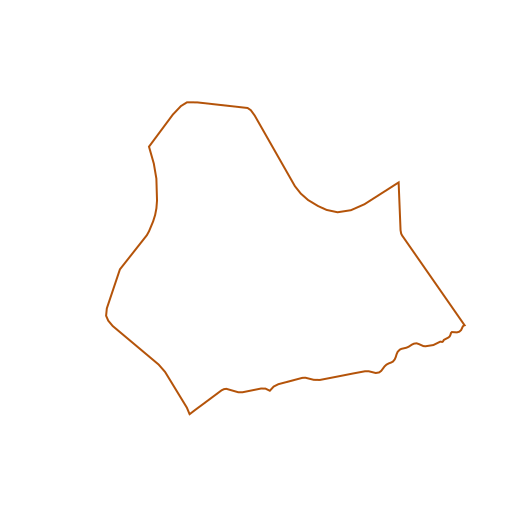 SVG path tracing the border of Kassala, rotated 60°
{"feature_id": "SDN-884", "entity_name": "Kassala", "entity_type": "State", "adm_level": 1, "iso_a3": "SDN", "parent_name": "Sudan", "parent_adm1": "", "projection": "orthographic", "projection_center": [36.251, 15.89], "detail": "fine", "context": "isolated", "style": "outline", "palette": "amber", "viewbox_px": 512, "rotation_deg": 60, "n_neighbors": 0, "source": "natural_earth", "source_scale": "10m", "svg_char_len": 1372}
<svg xmlns="http://www.w3.org/2000/svg" viewBox="0 0 512 512"><g transform="rotate(60 256 256)"><path d="M415.1,188.1L415.9,190.2L415.8,192.4L415.4,194.6L415.3,197.3L415.9,199.9L418.1,205.0L418.4,207.6L417.2,210.8L412.2,216.0L410.3,219.3L406.3,230.6L401.0,246.1L395.3,262.6L392.1,267.9L386.1,274.1L384.7,276.8L378.2,300.7L377.9,306.0L379.6,311.4L375.6,314.1L373.3,317.9L367.2,336.0L365.1,339.5L356.2,348.1L355.3,350.3L355.1,353.0L356.5,364.9L358.9,385.7L359.8,392.6L359.7,392.6L352.8,391.7L311.0,392.7L301.3,394.6L245.0,415.1L238.1,416.3L232.8,415.7L226.8,411.4L199.5,380.5L183.4,340.1L181.1,336.3L174.6,327.8L170.1,322.9L164.9,318.4L158.5,314.0L139.2,303.6L124.9,298.3L107.8,294.0L91.9,257.2L88.6,246.0L88.4,239.0L93.5,230.2L123.6,189.3L127.1,187.6L133.7,186.9L215.0,187.4L224.4,186.0L233.6,182.9L243.9,177.2L251.4,171.8L258.9,163.5L263.8,150.9L265.4,136.2L263.6,95.7L305.9,117.9L309.2,119.1L311.4,119.2L420.3,110.0L420.1,111.0L420.4,112.1L422.7,115.4L423.2,117.8L422.6,120.2L419.8,124.4L420.2,125.7L421.4,126.9L422.5,128.5L422.8,130.1L422.6,135.1L422.7,135.5L423.4,136.6L423.6,137.4L423.4,137.9L422.5,138.9L422.3,139.4L421.8,146.9L418.9,154.4L417.7,156.1L413.7,159.0L411.9,160.6L410.9,163.0L410.7,165.2L410.9,169.2L410.6,171.7L409.1,176.6L409.0,178.3L409.8,181.2L411.4,183.4L413.3,185.4L415.0,187.7L415.1,188.1Z" fill="none" stroke="#b45309" stroke-width="2"/></g></svg>